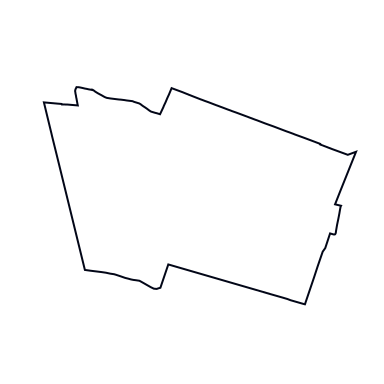 Vladila, Olt, Romania (Natural Earth projection), rotated 187°
{"feature_id": "2599482B56723681646749", "entity_name": "Vladila", "entity_type": "district", "adm_level": 2, "iso_a3": "ROU", "parent_name": "Romania", "parent_adm1": "Olt", "projection": "natural_earth1", "projection_center": [24.392, 44.002], "detail": "fine", "context": "isolated", "style": "outline", "palette": "ink", "viewbox_px": 384, "rotation_deg": 187, "n_neighbors": 0, "source": "geoboundaries", "source_scale": "gbopen_adm2", "svg_char_len": 2505}
<svg xmlns="http://www.w3.org/2000/svg" viewBox="0 0 384 384"><g transform="rotate(187 192 192)"><path d="M189.7,283.8L193.3,284.7L194.7,285.0L203.3,287.2L206.3,288.0L206.9,288.1L207.8,288.4L209.8,288.9L213.5,289.9L219.0,291.2L224.5,292.5L224.9,292.6L226.6,286.5L226.9,285.4L227.0,285.2L227.9,282.4L228.7,279.6L229.2,277.8L230.3,274.5L230.4,274.2L230.8,272.6L233.2,265.3L234.9,265.6L236.6,265.9L238.3,266.1L240.0,266.4L241.8,266.7L242.7,266.9L243.7,267.4L244.7,267.9L245.7,268.5L246.9,269.2L249.4,270.5L250.9,271.2L252.7,272.2L253.6,272.8L254.3,273.1L255.3,273.5L258.7,274.1L260.4,274.4L262.1,274.9L264.4,274.9L266.2,274.9L268.4,274.9L269.9,275.0L272.0,275.0L274.0,275.0L275.9,274.9L276.5,274.9L278.4,274.9L280.1,274.9L282.1,274.9L284.5,274.9L286.7,275.0L287.7,275.0L288.3,275.1L289.1,275.3L290.2,275.6L291.9,276.3L294.0,277.2L294.9,277.5L295.3,277.7L295.7,277.8L296.8,278.3L297.2,278.4L298.5,279.0L299.6,279.5L300.6,280.0L301.7,280.7L302.6,281.1L303.2,281.4L303.8,281.4L303.8,281.1L304.6,281.2L307.0,281.3L308.8,281.5L310.5,281.6L310.8,281.6L313.3,281.9L315.5,282.1L317.4,282.2L318.8,282.0L319.4,282.0L319.7,281.1L319.9,280.5L320.2,279.6L320.2,279.2L320.3,278.7L320.3,277.9L319.9,276.6L319.6,275.4L319.0,273.7L318.8,273.1L318.7,272.6L318.3,271.3L318.0,270.6L317.9,270.2L317.6,269.2L316.9,267.0L316.4,265.4L315.9,264.0L326.8,263.6L331.8,263.0L332.1,263.5L337.2,263.3L349.7,262.9L349.9,262.9L345.4,250.9L338.7,233.1L337.6,230.1L336.3,226.7L331.3,213.6L327.0,202.3L291.4,108.4L289.2,102.6L288.8,101.6L283.1,101.5L279.5,101.5L272.3,101.5L267.6,101.4L263.3,101.0L259.3,100.9L257.5,100.6L252.5,99.6L247.9,98.6L244.6,98.2L242.0,97.8L239.5,97.6L237.0,97.6L233.4,97.5L232.1,97.0L228.7,95.6L224.9,94.0L221.3,92.5L218.1,91.4L215.2,91.5L213.6,92.3L211.7,93.1L206.7,117.2L117.0,102.7L101.7,100.2L89.6,98.3L84.2,97.4L81.0,96.6L67.8,94.5L66.2,94.3L66.0,95.0L66.0,95.4L60.4,122.4L58.3,133.1L55.0,148.7L52.9,152.6L49.9,167.7L46.1,167.1L45.3,167.2L44.8,167.5L44.5,168.2L44.3,169.0L44.3,170.9L44.0,177.1L43.5,183.0L43.3,185.8L43.1,188.8L43.0,191.2L42.9,193.2L42.7,195.7L42.4,196.5L48.5,197.2L45.0,210.7L34.1,251.9L41.9,247.9L52.6,250.4L57.8,251.6L70.7,254.8L70.8,254.9L70.7,255.4L80.1,257.7L87.6,259.5L97.2,261.7L98.2,262.0L102.8,263.1L105.6,263.7L110.1,264.8L119.0,267.0L127.9,269.0L136.3,271.1L136.8,271.2L138.6,271.6L149.7,274.3L157.7,276.2L162.7,277.3L163.3,277.5L166.4,278.2L172.9,279.8L173.4,279.9L177.1,280.8L178.5,281.1L186.5,283.1L189.6,283.8L189.7,283.8Z" fill="none" stroke="#020617" stroke-width="2"/></g></svg>